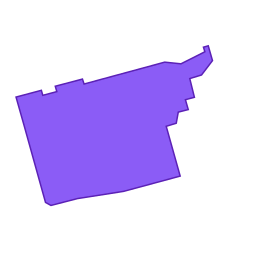 outline of Webster, Georgia, United States of America, rotated 74°
{"feature_id": "52423323B7808081062889", "entity_name": "Webster", "entity_type": "district", "adm_level": 2, "iso_a3": "USA", "parent_name": "United States of America", "parent_adm1": "Georgia", "projection": "albers", "projection_center": [-84.576, 32.076], "detail": "fine", "context": "isolated", "style": "filled", "palette": "violet", "viewbox_px": 256, "rotation_deg": 74, "n_neighbors": 0, "source": "geoboundaries", "source_scale": "gbopen_adm2", "svg_char_len": 486}
<svg xmlns="http://www.w3.org/2000/svg" viewBox="0 0 256 256"><g transform="rotate(74 128 128)"><path d="M97.7,227.2L176.8,227.8L181.2,223.4L181.9,197.1L181.9,196.2L187.7,149.7L188.6,91.1L136.9,90.8L136.7,80.3L126.6,75.3L126.9,65.0L116.6,65.0L116.8,55.7L97.5,55.0L97.3,42.7L86.5,28.2L71.1,28.2L71.1,33.2L75.9,33.1L80.9,59.4L74.8,74.6L73.6,158.1L68.4,158.3L67.8,186.4L73.4,186.4L73.1,200.9L67.9,200.9L67.4,227.1L97.7,227.2Z" fill="#8b5cf6" stroke="#5b21b6" stroke-width="1.5"/></g></svg>